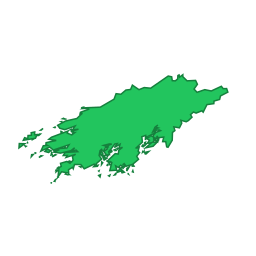 outline of Conamara North Lea-4, Galway, Ireland, rotated 332°
{"feature_id": "5873133B12097804140145", "entity_name": "Conamara North Lea-4", "entity_type": "district", "adm_level": 2, "iso_a3": "IRL", "parent_name": "Ireland", "parent_adm1": "Galway", "projection": "natural_earth1", "projection_center": [-9.915, 53.454], "detail": "fine", "context": "isolated", "style": "filled", "palette": "green", "viewbox_px": 256, "rotation_deg": 332, "n_neighbors": 0, "source": "geoboundaries", "source_scale": "gbopen_adm2", "svg_char_len": 5856}
<svg xmlns="http://www.w3.org/2000/svg" viewBox="0 0 256 256"><g transform="rotate(332 128 128)"><path d="M209.8,122.0L210.0,117.7L202.3,114.1L200.5,108.4L201.4,106.7L197.4,107.3L198.0,105.1L196.7,105.1L194.9,108.0L191.9,108.6L189.3,107.0L190.6,103.3L187.9,101.0L166.7,103.5L161.3,99.9L155.7,99.3L152.0,92.2L148.4,95.2L144.0,93.5L137.6,94.9L133.6,92.1L129.2,96.0L113.3,96.6L98.1,89.3L96.8,89.4L102.3,92.0L102.1,93.0L93.4,91.8L92.3,93.0L94.7,93.5L87.3,95.6L76.1,92.5L67.1,92.6L67.7,96.3L71.4,99.8L82.2,101.4L75.7,104.9L79.3,104.1L83.7,105.8L78.9,104.9L77.0,106.3L78.8,107.1L75.1,107.7L71.9,104.0L73.6,102.5L56.1,100.2L52.8,100.8L58.8,105.3L48.8,102.5L47.7,104.1L48.7,105.6L44.9,103.9L40.2,107.5L49.9,108.0L51.7,112.4L68.0,115.1L64.7,117.0L55.8,113.1L51.4,113.0L57.2,115.0L51.2,114.5L56.6,118.5L66.9,121.2L71.6,120.4L67.5,122.2L71.8,123.1L72.5,125.3L60.9,120.1L57.9,121.9L61.5,123.7L59.5,124.9L69.5,126.6L65.6,126.9L64.5,130.5L62.3,131.5L60.8,129.6L59.7,129.6L61.4,131.3L60.2,132.0L58.3,128.8L51.8,127.5L51.0,130.6L48.5,130.6L43.3,138.2L48.8,135.5L54.5,139.9L55.9,136.9L60.5,136.7L60.5,138.3L63.6,135.1L69.2,138.1L70.2,143.5L81.2,144.0L81.9,145.1L79.5,146.0L83.0,147.5L84.1,146.8L82.3,146.3L83.3,144.6L90.1,143.0L89.6,138.7L92.6,134.9L95.3,134.2L93.6,135.4L95.7,136.8L101.0,133.4L100.0,133.6L98.3,131.9L104.0,133.3L106.1,134.6L102.0,134.0L100.7,134.9L102.3,135.5L99.8,135.5L100.0,136.8L95.6,137.4L96.3,141.7L99.2,142.9L99.7,139.8L101.3,139.2L101.0,141.4L102.7,141.3L102.7,138.8L108.9,135.9L111.2,136.7L106.8,138.8L113.4,138.6L110.4,141.7L114.1,142.5L109.5,143.3L107.1,146.4L104.7,144.6L95.0,147.3L94.6,149.1L95.8,149.1L95.8,149.3L94.2,150.8L96.9,149.6L97.5,150.9L91.9,157.1L98.3,160.0L99.3,155.6L100.9,158.3L104.0,157.4L106.5,160.8L107.8,160.1L106.7,157.8L107.9,157.6L108.4,160.9L114.3,162.1L113.8,163.7L115.4,164.5L115.3,162.2L122.6,160.6L122.4,157.1L126.7,155.1L126.0,153.3L128.9,150.1L126.5,150.0L125.9,149.4L134.1,147.2L136.1,142.2L140.1,142.8L137.7,146.7L140.6,144.5L142.1,145.9L139.5,145.9L141.2,148.9L137.8,150.6L141.9,152.0L134.3,153.8L141.6,155.9L147.0,154.2L143.3,152.2L145.4,151.1L146.2,147.4L143.4,144.8L150.0,145.0L149.7,144.1L149.9,143.3L147.9,143.1L152.5,139.9L155.8,139.4L152.6,140.0L154.7,142.1L151.2,141.6L149.9,143.9L151.9,143.2L154.7,144.4L155.5,145.6L150.5,145.0L146.8,146.4L146.1,148.4L148.7,150.9L149.6,149.1L150.0,149.2L149.8,152.4L150.9,151.1L155.3,152.8L152.2,156.3L154.9,157.8L153.3,162.8L154.3,163.8L161.3,159.6L165.2,152.8L168.2,152.3L169.0,148.5L173.5,152.0L177.7,149.0L178.3,146.0L182.3,149.8L184.8,149.8L189.6,148.5L189.4,145.6L193.3,144.6L195.1,146.8L201.3,147.5L201.8,149.3L208.7,144.4L215.2,146.8L216.6,144.6L222.3,145.8L224.7,143.1L233.0,143.2L233.6,139.5L230.5,137.9L230.0,135.0L218.9,134.4L213.8,130.2L205.7,128.9L204.6,124.6L209.8,122.0ZM39.3,89.1L36.2,87.7L34.5,90.4L32.2,88.0L29.8,89.7L41.5,93.6L44.7,91.1L42.3,90.1L43.8,87.7L40.3,86.7L39.3,89.1ZM95.4,141.8L92.0,139.5L93.8,138.9L93.6,136.5L91.6,136.8L91.4,139.6L92.8,141.8L92.1,142.3L91.9,145.1L95.0,144.8L92.6,142.2L95.4,141.8ZM22.4,94.4L29.4,93.4L24.7,90.7L22.4,94.4ZM102.3,160.3L97.8,161.5L97.5,162.1L101.8,162.7L101.7,164.8L104.0,165.3L102.3,160.3ZM49.3,111.7L46.8,108.8L43.6,109.7L46.4,112.4L49.3,111.7ZM135.3,158.5L131.3,157.4L131.0,158.9L131.6,159.4L135.3,158.5ZM110.6,163.0L108.1,163.1L106.7,165.4L110.6,163.0ZM51.3,117.3L47.4,117.8L51.7,117.8L51.3,117.3ZM79.8,156.1L80.3,158.1L81.8,156.3L79.8,156.1ZM48.6,116.1L48.8,114.1L47.3,115.8L48.6,116.1ZM88.9,145.6L87.5,147.8L89.4,146.8L88.9,145.6ZM148.7,152.5L146.6,152.3L147.6,154.2L148.7,152.5ZM95.1,163.4L96.5,162.1L94.0,163.1L95.1,163.4ZM32.0,106.9L30.4,106.3L29.2,107.9L32.0,106.9ZM136.3,150.0L134.6,151.4L137.2,150.5L136.3,150.0ZM38.1,111.6L35.5,112.2L38.9,112.2L38.1,111.6ZM44.4,92.1L45.7,92.7L47.8,92.2L47.1,91.8L44.4,92.1ZM134.3,151.3L133.0,150.5L132.0,151.0L132.6,151.7L134.3,151.3ZM103.3,159.5L104.8,161.2L105.2,160.4L103.3,159.5ZM50.4,89.1L52.8,88.5L50.0,88.9L50.4,89.1ZM76.6,90.6L75.6,89.1L74.6,89.1L76.6,90.6ZM146.9,151.8L147.2,150.5L145.8,150.5L146.9,151.8ZM89.0,161.9L89.9,161.1L88.5,161.1L89.0,161.9ZM68.4,100.6L67.2,99.5L66.9,100.1L68.4,100.6ZM92.7,150.6L91.5,151.5L93.0,151.1L92.7,150.6ZM111.9,169.3L112.2,168.0L111.3,168.7L111.9,169.3ZM35.1,140.9L34.5,140.3L33.9,140.1L35.1,140.9ZM105.7,140.9L106.6,141.6L106.8,141.0L105.7,140.9ZM77.3,103.2L77.4,102.5L76.1,102.5L77.3,103.2ZM63.7,93.4L64.7,92.9L63.2,92.9L63.7,93.4ZM29.5,96.3L28.7,95.5L28.8,96.4L29.5,96.3ZM38.1,92.7L37.9,93.4L38.7,93.4L38.1,92.7ZM35.4,106.8L34.4,106.4L34.4,106.8L35.4,106.8ZM45.1,132.7L44.6,132.4L44.1,132.9L45.1,132.7ZM47.3,130.5L48.8,130.2L48.3,129.9L47.8,130.0L47.3,130.5ZM109.7,140.5L108.6,141.0L108.7,141.4L109.7,140.5ZM106.3,168.0L106.7,168.7L106.7,168.3L106.3,168.0ZM67.4,139.5L68.0,140.6L68.5,139.9L67.4,139.5ZM53.3,140.9L54.1,141.4L53.8,140.8L53.3,140.9ZM96.0,88.4L97.3,88.9L98.0,88.6L97.3,88.4L96.0,88.4ZM136.5,148.8L135.8,148.8L135.5,149.6L136.5,148.8ZM133.4,149.9L132.7,150.2L133.4,150.5L133.4,149.9ZM51.1,139.3L51.8,140.0L51.6,139.2L51.1,139.3ZM39.6,139.5L39.0,140.2L40.1,139.5L39.6,139.5ZM45.4,131.8L44.9,131.3L44.5,131.6L45.4,131.8ZM72.3,91.3L73.3,91.4L72.1,91.1L72.3,91.3ZM108.7,142.0L108.0,142.3L108.7,142.0ZM42.2,138.4L43.2,138.6L43.1,138.2L42.2,138.4ZM93.6,146.8L93.9,147.4L94.1,147.2L93.6,146.8ZM96.5,143.1L96.2,143.6L96.8,143.3L96.5,143.1ZM130.8,156.8L131.2,156.1L130.5,156.5L130.8,156.8ZM32.4,93.7L31.8,94.1L32.4,94.0L32.4,93.7ZM94.5,151.8L95.0,152.1L95.0,151.8L94.5,151.8ZM82.0,152.5L82.3,152.2L81.9,152.2L82.0,152.5ZM63.5,115.6L63.6,115.1L63.3,115.3L63.5,115.6ZM101.8,159.2L101.9,159.7L102.7,159.0L101.8,159.2ZM77.3,91.0L78.0,91.0L77.2,90.9L77.3,91.0ZM107.0,142.3L107.5,141.8L106.6,142.1L107.0,142.3ZM38.3,140.7L38.3,140.2L37.9,140.4L38.3,140.7ZM130.0,155.6L129.5,156.2L130.2,156.0L130.0,155.6ZM47.4,130.2L46.6,130.3L46.7,130.6L47.4,130.2Z" fill="#22c55e" stroke="#15803d" stroke-width="1.5"/></g></svg>